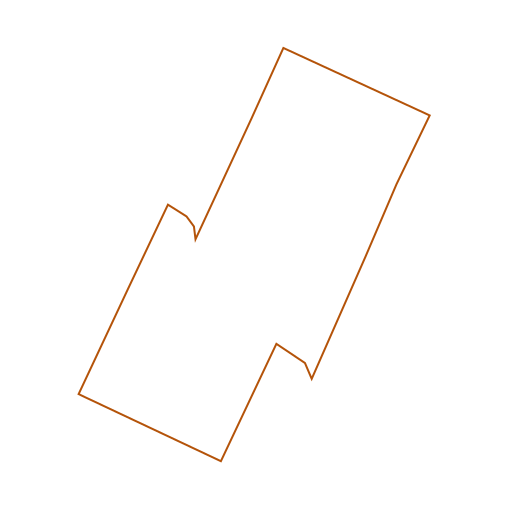 Marshall, Illinois, United States of America, rotated 295°
{"feature_id": "52423323B57387321638409", "entity_name": "Marshall", "entity_type": "district", "adm_level": 2, "iso_a3": "USA", "parent_name": "United States of America", "parent_adm1": "Illinois", "projection": "orthographic", "projection_center": [-89.369, 41.035], "detail": "fine", "context": "isolated", "style": "outline", "palette": "amber", "viewbox_px": 512, "rotation_deg": 295, "n_neighbors": 0, "source": "geoboundaries", "source_scale": "gbopen_adm2", "svg_char_len": 367}
<svg xmlns="http://www.w3.org/2000/svg" viewBox="0 0 512 512"><g transform="rotate(295 256 256)"><path d="M172.6,153.9L55.9,153.6L55.8,160.1L55.2,310.9L185.0,311.6L179.7,345.6L168.2,358.4L301.8,355.5L380.5,353.0L456.8,354.0L456.1,192.9L378.6,193.8L245.6,194.1L256.5,187.3L262.5,176.3L265.3,154.5L172.6,153.9Z" fill="none" stroke="#b45309" stroke-width="2"/></g></svg>